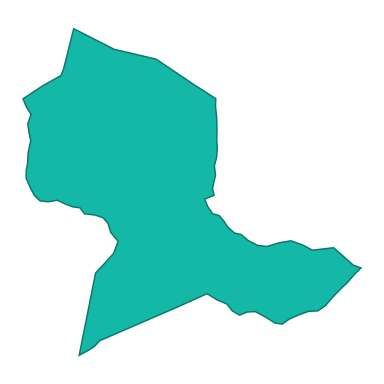 the district of Rosário do Catete, Sergipe, Brazil
{"feature_id": "56859067B61621053518768", "entity_name": "Rosário do Catete", "entity_type": "district", "adm_level": 2, "iso_a3": "BRA", "parent_name": "Brazil", "parent_adm1": "Sergipe", "projection": "albers", "projection_center": [-37.028, -10.681], "detail": "fine", "context": "isolated", "style": "filled", "palette": "teal", "viewbox_px": 384, "rotation_deg": 0, "n_neighbors": 0, "source": "geoboundaries", "source_scale": "gbopen_adm2", "svg_char_len": 1160}
<svg xmlns="http://www.w3.org/2000/svg" viewBox="0 0 384 384"><path d="M73.7,28.7L63.7,68.6L61.0,75.5L43.0,85.6L23.0,98.8L26.6,107.5L31.1,114.3L27.8,123.7L28.8,131.1L30.7,140.7L28.1,153.0L27.7,162.6L26.2,170.5L26.2,178.3L30.3,187.7L34.5,195.6L40.1,200.9L48.2,201.8L57.4,200.2L65.9,204.3L73.0,206.9L79.9,207.8L84.5,213.8L95.5,215.1L103.3,217.9L108.0,223.5L110.8,232.6L118.1,241.3L113.7,253.3L108.9,258.6L102.1,266.1L95.6,273.0L79.2,355.3L88.6,350.2L94.4,346.4L99.7,340.7L178.9,306.4L207.0,293.7L217.3,300.0L227.1,304.1L232.3,311.0L239.6,315.1L247.3,312.0L255.2,311.6L265.9,317.3L274.8,323.0L282.2,324.1L289.1,319.2L299.2,314.7L308.7,311.3L317.7,310.9L325.5,305.6L332.5,297.4L342.1,287.5L347.3,282.7L354.3,274.5L361.0,268.0L353.2,265.1L333.6,247.7L312.5,250.2L302.5,244.9L291.0,240.8L279.6,242.7L266.9,246.5L257.7,245.4L248.0,240.4L241.1,234.5L234.4,233.0L227.7,226.9L223.6,220.8L219.3,215.6L212.7,213.8L207.7,206.5L204.7,199.1L214.1,195.3L212.5,188.5L215.5,175.2L214.4,165.8L216.6,157.6L217.3,147.9L216.7,139.8L217.0,129.4L216.6,116.9L215.5,106.0L215.8,98.7L193.6,84.4L156.2,59.2L114.1,49.3L73.7,28.7Z" fill="#14b8a6" stroke="#0f766e" stroke-width="1.5"/></svg>